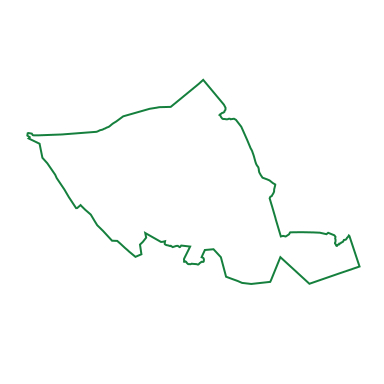 outline of Cualác, Guerrero, Mexico, rotated 261°
{"feature_id": "50627088B91833762276728", "entity_name": "Cualác", "entity_type": "district", "adm_level": 2, "iso_a3": "MEX", "parent_name": "Mexico", "parent_adm1": "Guerrero", "projection": "mercator", "projection_center": [-98.69, 17.735], "detail": "fine", "context": "isolated", "style": "outline", "palette": "green", "viewbox_px": 384, "rotation_deg": 261, "n_neighbors": 0, "source": "geoboundaries", "source_scale": "gbopen_adm2", "svg_char_len": 3570}
<svg xmlns="http://www.w3.org/2000/svg" viewBox="0 0 384 384"><g transform="rotate(261 192 192)"><path d="M301.0,220.6L297.8,215.7L279.4,184.3L280.9,172.9L280.8,170.3L280.8,163.2L277.5,135.9L273.5,128.2L272.6,126.0L272.1,124.8L271.3,123.3L270.2,121.5L269.4,120.0L269.3,119.6L269.1,118.5L268.9,117.6L268.4,116.3L268.1,114.8L267.6,113.4L267.4,110.8L266.6,108.2L266.4,107.0L269.2,72.3L272.1,48.3L272.3,47.3L272.7,44.6L273.1,43.6L274.7,42.9L275.8,39.8L275.7,38.9L273.5,38.2L271.9,39.8L271.8,40.2L271.7,40.3L271.3,40.3L270.8,39.9L270.4,39.1L263.5,49.0L249.2,49.6L243.0,53.6L230.4,59.6L227.0,60.5L214.3,66.4L211.2,67.6L206.1,69.6L194.2,75.0L194.1,76.1L196.5,79.9L195.7,80.4L191.1,83.8L185.5,88.5L178.5,91.3L174.0,93.2L167.4,98.1L156.4,105.4L155.4,110.5L151.9,113.4L147.3,117.0L144.0,119.8L143.5,120.1L136.8,126.0L138.4,132.3L147.6,132.4L148.2,132.4L150.4,135.6L154.1,139.6L158.8,139.4L152.6,147.2L147.5,153.6L147.4,155.6L147.6,157.7L145.7,157.0L144.7,157.0L143.9,157.9L143.4,158.8L143.0,160.0L142.0,162.0L142.2,162.6L140.6,164.3L141.2,168.1L141.0,169.6L140.2,170.4L139.5,171.1L139.5,171.5L140.8,173.0L138.4,181.6L135.4,179.5L127.4,173.8L126.6,173.5L126.1,173.5L125.6,173.6L125.3,173.5L124.6,173.3L124.6,173.5L124.2,173.8L124.2,174.0L124.3,174.2L124.3,174.3L124.4,174.5L124.4,174.8L124.1,175.0L123.9,175.3L123.7,175.4L123.5,175.5L123.3,175.6L122.9,175.7L122.7,175.9L122.3,176.2L122.0,176.4L121.9,176.5L121.6,176.7L121.4,177.0L121.3,177.3L121.2,177.6L121.2,178.0L121.1,178.3L121.1,178.5L120.9,179.3L121.0,179.8L121.2,180.4L121.2,180.7L121.0,181.1L120.6,182.8L120.3,184.0L120.1,185.0L119.4,186.5L119.4,186.9L119.6,187.3L120.1,188.0L120.4,188.3L120.6,188.6L120.8,189.0L120.9,189.3L121.1,189.7L121.2,189.9L121.3,190.1L121.5,190.3L121.6,190.8L121.4,191.4L121.2,191.8L121.3,192.4L121.8,192.8L123.3,193.2L124.6,193.1L125.2,192.7L126.1,191.3L128.3,192.7L131.7,195.0L132.7,195.6L132.1,204.3L123.1,210.3L121.4,210.5L103.0,212.4L102.3,213.6L100.0,217.7L96.9,223.3L94.4,227.2L91.9,236.1L91.0,255.2L93.1,256.6L113.8,269.1L83.0,293.6L88.5,324.5L92.2,345.8L123.8,340.6L124.5,340.1L124.1,339.8L123.4,339.2L122.5,338.0L121.7,337.4L120.9,336.4L120.8,335.5L120.9,334.9L120.9,334.6L120.7,334.4L119.3,333.4L118.8,332.1L118.8,331.7L118.7,331.5L118.4,331.2L118.3,330.9L118.0,330.4L118.0,329.8L118.0,329.3L117.7,329.1L117.3,329.1L117.1,328.8L117.1,328.6L117.1,328.0L117.0,327.4L116.8,327.3L116.5,327.0L116.2,326.9L116.2,326.3L116.6,326.1L117.4,325.8L118.2,325.6L118.8,325.2L119.7,325.4L120.3,325.9L122.2,326.3L122.7,326.3L123.5,326.1L125.3,326.7L127.0,325.8L130.4,320.1L129.3,318.2L131.8,311.9L133.1,305.5L135.2,293.8L136.8,282.7L136.6,282.4L135.0,281.2L133.4,277.6L134.4,275.1L134.2,272.8L151.5,270.5L153.6,270.3L165.5,268.8L166.8,268.6L173.6,267.7L175.1,268.7L175.5,270.1L176.7,271.0L177.8,272.0L179.5,273.1L181.9,273.6L184.4,274.7L185.2,275.0L185.3,275.1L186.4,275.4L188.2,273.2L191.3,270.4L192.7,268.2L194.0,265.9L195.1,263.9L198.1,262.5L198.4,262.4L200.9,261.5L203.2,261.4L203.4,261.5L204.8,261.5L206.2,261.3L207.7,260.5L209.1,259.9L210.9,259.5L211.2,259.5L211.5,259.4L213.4,259.2L215.0,259.0L217.0,258.8L218.5,258.6L220.2,258.3L221.2,258.1L223.0,257.8L223.9,257.5L224.7,257.3L225.8,256.8L234.9,254.6L248.7,250.9L256.4,246.7L257.8,244.9L257.8,243.8L257.8,241.5L258.4,240.9L258.6,240.0L258.3,238.6L258.4,237.4L258.9,235.9L259.2,234.9L259.2,234.1L260.0,233.2L262.0,232.2L263.4,231.9L263.8,231.3L264.3,231.9L264.6,232.7L264.9,233.2L265.4,234.2L265.5,235.5L266.1,236.5L266.6,236.6L267.5,237.4L268.0,237.9L269.9,238.3L273.2,237.2L301.0,220.6Z" fill="none" stroke="#15803d" stroke-width="2"/></g></svg>